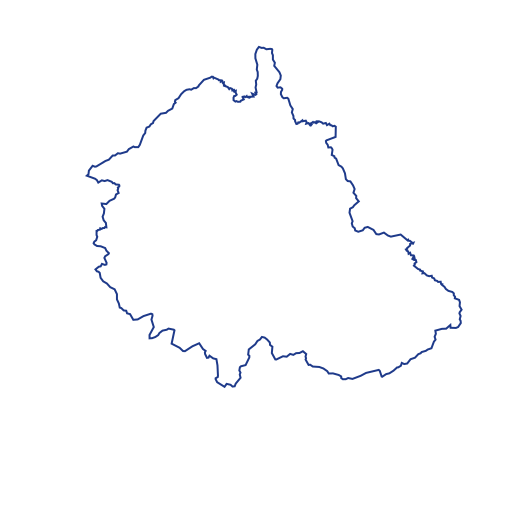 the district of Pong, Phayao, Thailand, rotated 235°
{"feature_id": "78962969B4700239694547", "entity_name": "Pong", "entity_type": "district", "adm_level": 2, "iso_a3": "THA", "parent_name": "Thailand", "parent_adm1": "Phayao", "projection": "albers", "projection_center": [100.484, 19.205], "detail": "fine", "context": "isolated", "style": "outline", "palette": "blue", "viewbox_px": 512, "rotation_deg": 235, "n_neighbors": 0, "source": "geoboundaries", "source_scale": "gbopen_adm2", "svg_char_len": 6124}
<svg xmlns="http://www.w3.org/2000/svg" viewBox="0 0 512 512"><g transform="rotate(235 256 256)"><path d="M166.9,155.2L168.1,158.6L165.1,161.3L162.5,161.9L161.5,163.8L163.1,166.2L165.1,173.5L168.2,174.7L169.4,176.4L171.8,176.7L174.1,179.0L174.3,180.4L172.6,184.9L176.7,192.3L178.0,193.3L179.7,193.0L183.6,196.5L184.1,204.7L185.6,208.5L185.3,211.3L186.3,214.4L184.2,216.3L181.2,217.2L177.2,217.7L175.1,216.5L172.3,217.4L167.4,213.3L160.2,212.5L159.6,213.2L158.4,220.6L155.9,223.4L156.2,227.8L153.6,229.9L153.4,233.1L151.6,236.0L151.1,239.8L146.9,240.9L145.1,238.8L143.6,238.4L142.7,237.2L136.6,236.6L135.9,238.0L132.9,239.1L128.8,244.2L125.2,246.7L120.8,248.3L118.0,248.2L115.7,251.7L111.1,255.5L108.5,256.7L107.1,255.8L105.2,256.5L103.6,258.9L103.2,261.5L100.0,264.5L97.8,273.1L97.1,279.1L92.3,291.2L90.9,291.5L85.2,289.8L84.7,290.1L84.6,294.9L83.4,297.9L83.2,302.9L83.8,307.7L83.2,308.6L83.0,311.7L84.8,314.1L82.5,315.4L81.2,318.2L82.8,323.4L81.5,327.9L82.5,332.7L81.9,335.0L82.3,336.6L80.9,340.7L80.9,343.0L79.8,346.8L83.8,352.6L84.5,355.1L87.4,356.0L89.1,358.7L92.0,360.1L89.7,366.5L87.4,370.1L88.0,375.6L85.6,374.2L82.4,378.5L81.9,380.8L83.6,385.3L85.5,386.4L87.3,386.6L89.5,389.2L92.3,389.7L93.1,390.6L94.1,393.6L98.2,394.0L101.1,396.5L103.6,397.2L107.3,394.6L108.5,395.7L110.4,395.5L111.9,396.6L113.9,396.2L117.1,393.6L120.1,392.6L122.7,392.7L125.6,391.8L126.0,392.4L127.0,391.6L129.0,392.5L130.3,390.3L131.7,390.1L133.5,388.6L135.4,389.1L137.4,387.9L139.0,388.6L140.1,386.3L142.1,384.8L145.4,384.1L146.3,382.4L147.6,383.9L149.9,382.1L150.7,382.6L152.4,381.3L157.5,379.8L158.0,381.2L158.9,381.6L159.0,383.9L161.0,384.6L162.1,383.2L163.9,382.4L164.6,383.9L163.6,383.9L163.1,384.6L165.3,385.5L166.0,385.5L167.8,383.3L170.2,384.1L170.3,382.3L172.5,383.3L173.9,382.5L175.4,382.6L175.1,383.9L175.8,384.3L176.2,388.2L177.5,389.2L177.2,390.5L176.0,391.7L176.5,392.5L176.7,391.8L180.1,390.8L181.3,389.4L182.1,389.9L182.3,389.0L190.6,386.8L194.5,377.6L197.1,375.8L201.8,374.2L203.1,369.1L204.9,367.1L210.0,367.2L215.7,364.2L216.8,361.2L215.8,358.2L217.2,353.7L220.0,351.9L222.1,352.8L224.7,352.1L227.8,353.2L229.1,355.1L237.8,357.4L240.8,360.2L240.4,363.3L241.2,365.6L241.8,371.5L246.0,371.2L247.7,372.6L251.9,372.1L254.3,375.2L258.2,376.0L263.0,376.1L264.8,374.1L267.4,373.7L272.7,376.3L278.0,377.4L280.2,377.2L283.1,375.8L289.8,377.5L291.5,376.8L292.8,377.4L295.3,376.0L299.1,379.6L300.5,379.9L302.1,379.7L303.4,377.5L306.0,378.5L308.4,378.4L310.1,379.2L310.3,380.1L307.9,389.5L316.1,395.5L317.6,395.0L318.3,393.2L319.8,392.8L320.5,391.9L322.3,392.0L322.5,389.2L324.9,389.5L325.9,386.9L327.9,386.4L330.1,384.9L331.6,382.8L331.1,382.1L330.2,382.6L330.2,381.4L331.9,380.9L332.1,379.8L333.1,379.6L333.0,377.1L331.9,377.2L331.6,376.1L333.4,376.5L333.6,375.9L332.9,376.0L332.6,375.3L334.8,375.2L335.6,373.0L336.5,374.2L338.3,374.4L339.7,371.3L340.5,371.7L340.4,367.9L341.2,367.3L340.5,365.9L341.0,364.8L343.9,365.3L345.0,366.0L347.1,365.6L349.3,367.0L353.0,367.7L355.3,370.4L359.6,370.5L366.3,372.7L367.7,372.3L369.3,369.2L371.0,368.7L374.3,369.2L376.1,370.6L377.1,372.8L378.0,373.4L380.1,372.8L381.5,370.3L383.5,370.3L385.1,372.6L386.9,377.4L389.6,379.8L393.1,380.6L401.3,380.0L403.5,382.3L407.2,382.5L410.8,385.0L413.1,385.5L415.5,387.6L416.4,387.7L417.6,386.4L419.4,383.1L422.2,381.7L423.2,380.0L425.6,378.3L424.5,375.0L421.8,371.3L418.3,368.9L411.9,366.8L408.3,363.6L405.7,362.9L402.5,360.8L400.5,358.7L399.7,356.4L396.3,354.5L394.3,352.3L389.6,350.3L390.2,349.2L388.3,348.9L388.4,347.7L391.2,346.0L388.0,345.4L390.1,342.1L389.4,342.1L389.5,341.3L391.5,339.9L392.3,340.1L392.1,338.7L393.3,338.1L393.9,336.7L393.3,336.6L393.5,336.1L391.3,335.8L391.9,332.6L391.4,331.7L392.7,329.6L394.1,328.8L394.3,327.7L396.5,327.0L398.6,328.4L399.6,330.0L399.0,330.8L399.2,332.7L401.7,333.1L402.8,334.1L403.0,332.7L404.1,333.2L404.0,332.5L405.1,332.6L405.2,331.6L406.8,332.2L408.4,331.1L408.1,329.8L410.6,329.8L413.9,327.4L414.4,327.8L413.9,328.3L415.1,328.0L416.6,329.3L417.0,328.1L418.4,328.5L418.8,328.0L419.1,329.7L419.1,327.2L420.2,327.9L421.3,326.4L422.0,326.5L426.5,323.7L426.3,323.2L427.5,323.5L428.3,322.6L428.3,320.8L430.2,314.4L428.5,306.8L427.9,306.1L427.9,303.2L429.2,301.3L429.4,298.3L430.7,297.2L432.0,294.4L432.2,291.7L431.5,287.5L429.7,283.0L430.0,279.3L428.9,278.1L427.7,278.1L427.6,275.9L424.8,272.0L425.4,267.2L424.9,264.4L427.2,259.6L425.3,249.5L424.0,247.9L424.2,245.4L423.2,242.9L423.9,240.0L422.1,237.3L420.3,235.8L419.4,232.8L413.7,224.6L412.7,222.0L414.7,219.1L416.0,218.4L416.5,213.1L415.5,210.1L417.8,203.4L419.4,201.8L419.2,198.2L420.5,196.2L419.3,190.7L420.2,187.2L420.9,176.6L421.5,175.3L423.6,173.9L421.8,168.1L419.1,165.7L418.8,163.5L411.6,168.5L409.4,169.2L406.6,168.9L406.4,173.1L404.2,175.0L403.3,177.9L399.5,180.4L397.7,180.5L396.9,181.8L395.1,182.1L393.0,184.6L392.3,184.6L391.4,183.9L391.3,182.1L390.1,181.7L389.4,180.4L386.4,179.6L386.7,176.6L384.8,174.3L384.3,172.7L385.2,167.7L384.4,163.2L387.5,159.7L385.3,158.7L381.6,158.9L378.1,155.8L376.2,152.9L372.6,151.7L369.2,152.0L365.3,149.9L366.3,148.8L365.9,147.8L366.8,146.5L366.7,145.1L368.0,144.3L367.1,143.3L368.0,141.3L367.6,140.5L368.0,139.8L364.6,137.4L362.8,137.0L360.6,134.1L360.5,131.8L359.6,130.3L358.2,130.3L355.4,131.5L353.0,134.4L349.0,137.0L346.2,136.5L342.7,137.1L342.2,136.2L342.3,132.3L341.4,130.7L336.1,129.7L334.9,128.6L335.4,127.1L337.9,125.3L336.6,122.8L337.4,121.1L337.1,116.8L334.7,116.9L333.4,118.0L331.8,118.3L327.3,116.2L322.9,116.3L319.0,118.1L314.1,118.7L309.8,121.1L304.5,120.2L300.2,117.2L295.7,116.4L291.9,114.8L290.6,115.8L287.3,116.4L285.6,118.3L283.0,117.5L280.6,119.5L274.1,118.9L271.9,122.7L271.3,129.4L269.0,136.9L267.8,137.7L266.4,137.0L263.9,133.9L256.4,131.5L252.4,123.5L249.6,121.6L248.3,123.7L247.4,127.0L247.3,130.5L248.3,132.7L248.5,136.6L246.8,140.6L246.7,142.7L242.8,146.4L241.9,146.6L232.6,136.6L224.6,140.8L220.0,141.7L218.8,143.2L218.5,152.2L217.1,159.4L210.2,159.2L207.1,160.3L206.4,158.9L205.0,158.1L200.7,157.4L200.0,158.8L201.0,160.7L196.7,162.2L194.2,164.4L188.5,161.7L179.8,156.2L178.8,155.3L179.0,152.8L178.3,152.3L174.9,151.8L166.9,155.2Z" fill="none" stroke="#1e3a8a" stroke-width="2"/></g></svg>